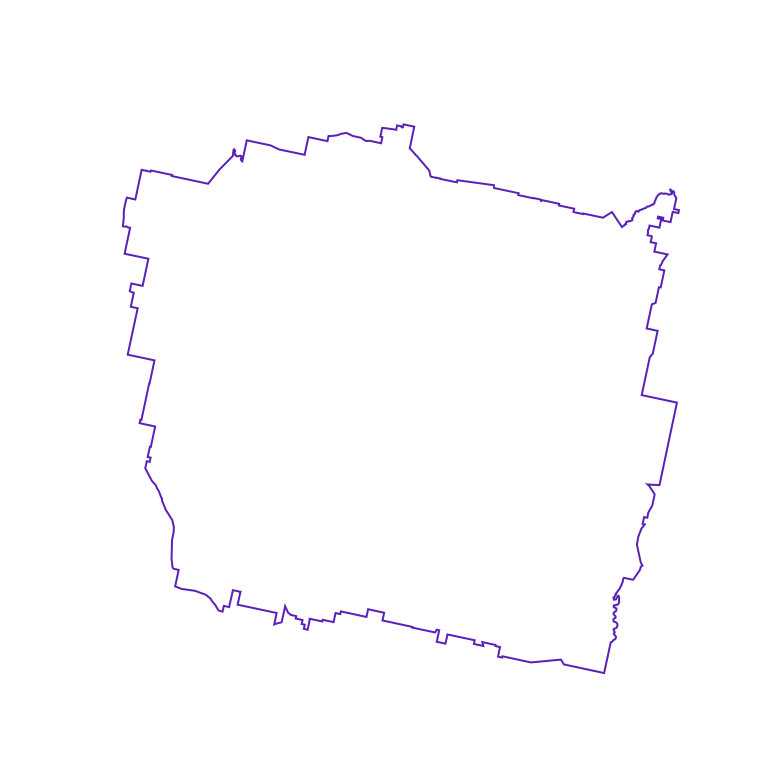 the district of Kojonup, Western Australia, Australia, rotated 102°
{"feature_id": "25037944B18898865249121", "entity_name": "Kojonup", "entity_type": "district", "adm_level": 2, "iso_a3": "AUS", "parent_name": "Australia", "parent_adm1": "Western Australia", "projection": "natural_earth1", "projection_center": [116.95, -33.925], "detail": "fine", "context": "isolated", "style": "outline", "palette": "violet", "viewbox_px": 768, "rotation_deg": 102, "n_neighbors": 0, "source": "geoboundaries", "source_scale": "gbopen_adm2", "svg_char_len": 6070}
<svg xmlns="http://www.w3.org/2000/svg" viewBox="0 0 768 768"><g transform="rotate(102 384 384)"><path d="M224.9,665.6L255.2,665.6L255.2,674.3L259.5,674.6L267.3,674.6L270.1,674.2L275.5,673.1L284.0,672.2L284.0,670.2L283.4,668.8L284.0,667.5L284.0,664.8L310.5,664.8L310.5,640.5L338.2,640.5L338.2,652.0L346.0,652.0L346.7,649.7L346.7,647.7L361.1,647.7L361.1,640.7L408.6,640.8L408.6,613.4L432.2,613.4L432.2,613.8L469.6,613.8L469.6,614.9L473.1,614.9L473.2,599.0L494.1,599.0L494.1,599.9L504.5,600.0L504.5,597.0L508.9,597.0L508.9,600.0L516.1,600.0L527.0,590.9L530.8,585.8L532.9,584.6L535.8,581.8L541.2,578.4L542.4,577.2L543.9,577.1L552.3,571.4L561.2,562.8L567.9,559.7L573.2,558.9L580.7,558.9L599.0,555.5L607.6,552.6L608.5,551.2L608.5,546.2L625.4,546.2L626.5,539.2L625.6,525.8L627.2,514.4L630.2,508.7L632.0,507.3L635.1,503.2L639.2,499.5L639.9,498.6L640.1,497.6L640.2,494.6L634.3,494.5L634.4,489.1L617.1,488.9L617.1,481.5L618.0,481.4L617.8,481.2L630.3,481.3L630.3,441.4L642.0,441.4L640.0,438.1L638.4,434.6L621.9,434.5L627.6,430.3L629.3,427.0L629.3,421.6L631.8,421.6L631.8,414.6L635.9,414.6L635.9,411.5L640.1,411.5L640.2,407.6L631.9,407.6L629.1,407.9L629.1,395.0L627.4,395.0L627.4,383.8L618.1,383.8L618.1,378.9L615.4,378.9L615.5,352.7L607.6,352.7L607.7,336.3L615.6,336.3L615.7,305.9L616.4,305.9L616.4,282.3L613.4,281.3L613.4,278.8L625.2,278.8L625.2,269.9L615.8,269.8L615.8,242.0L619.6,242.0L619.6,232.4L616.0,234.2L616.1,220.6L616.2,220.4L617.2,220.4L617.2,215.8L627.0,215.8L627.0,211.5L625.7,211.5L625.8,182.4L616.8,153.6L620.9,149.7L621.0,108.6L589.7,108.5L589.7,108.3L588.3,106.9L587.3,106.7L586.5,106.0L585.8,105.0L584.2,104.4L583.0,104.6L582.6,104.9L581.3,106.4L580.8,107.3L579.8,107.2L579.3,106.8L578.9,106.7L578.5,106.9L577.0,108.2L576.3,108.4L575.5,108.1L575.2,107.2L574.4,106.2L573.6,105.7L571.5,105.4L569.8,106.1L569.1,107.1L568.8,108.1L568.6,109.9L568.3,110.2L567.4,110.3L566.8,110.6L566.3,110.6L564.4,109.0L563.9,108.9L563.4,109.1L563.1,109.5L562.8,109.5L561.7,111.3L561.4,111.6L560.9,111.8L559.5,111.5L558.2,110.1L557.3,109.7L556.5,109.8L556.2,109.7L555.4,110.0L554.9,110.7L554.7,112.7L553.5,113.2L552.8,113.2L552.6,112.9L552.5,112.4L552.2,111.5L551.9,111.2L551.2,109.6L550.9,109.3L549.9,108.9L549.0,108.6L548.6,108.6L547.0,109.1L543.7,109.6L543.3,109.9L542.5,110.6L542.4,111.0L543.8,111.5L544.7,112.1L545.7,112.0L546.1,112.1L546.8,112.9L546.8,113.5L547.0,113.7L547.1,114.3L546.2,114.3L545.8,115.0L545.4,115.2L544.4,114.5L542.3,113.7L541.6,113.3L541.3,113.4L541.0,113.7L540.5,113.3L539.6,113.1L538.6,112.4L537.4,112.1L536.0,111.3L534.6,110.7L533.5,110.6L531.6,110.0L529.6,109.8L528.6,109.4L525.1,109.5L523.7,109.0L523.7,99.6L512.9,95.1L509.3,94.8L508.0,93.4L505.3,95.7L488.4,103.3L480.5,103.5L471.8,102.1L467.1,99.7L467.1,101.9L460.1,101.9L460.1,98.6L455.2,98.8L447.0,96.3L435.6,96.3L428.6,103.3L427.4,105.3L426.7,100.1L425.6,93.5L341.3,93.6L341.3,129.6L302.5,129.6L298.5,127.4L275.1,127.4L275.1,138.6L250.4,138.6L248.2,135.2L232.2,135.2L232.0,133.4L221.5,133.4L214.6,133.4L214.6,138.6L210.6,138.6L209.8,137.7L205.8,136.9L198.3,133.6L198.3,147.1L189.8,147.1L189.8,152.7L184.2,152.6L183.7,153.1L183.7,157.2L180.9,157.2L178.6,157.8L177.2,157.2L173.8,157.2L173.8,147.1L165.1,147.1L165.1,150.7L163.3,150.7L163.3,145.4L166.1,145.4L166.1,137.4L155.6,137.4L155.6,131.6L152.6,131.6L152.6,136.7L141.4,136.7L141.2,137.2L140.3,137.6L139.7,138.5L138.7,139.2L136.3,140.0L135.5,140.6L135.3,141.2L135.5,141.6L135.4,142.3L134.2,144.3L134.4,144.5L134.7,144.2L135.6,143.9L136.0,143.1L137.0,142.6L137.2,142.0L138.1,141.9L138.7,142.5L138.8,143.4L139.5,144.3L139.6,145.1L139.4,145.5L139.3,146.6L139.1,147.2L139.2,148.3L139.4,149.1L139.7,149.4L139.6,149.7L139.8,150.1L139.8,151.0L139.7,152.4L140.1,152.7L140.2,153.0L140.3,153.5L140.6,153.8L140.9,153.9L141.5,154.3L141.6,154.7L142.9,155.6L143.5,155.6L144.9,156.3L146.4,156.6L146.6,156.5L147.2,156.7L148.0,156.7L148.5,157.0L149.2,157.3L149.7,157.3L150.0,157.1L151.1,157.1L151.7,157.6L152.3,157.8L152.4,158.2L152.6,158.4L152.5,158.6L152.7,159.1L153.6,159.7L153.9,160.1L153.9,160.3L154.3,160.7L154.5,161.0L155.3,161.8L155.5,163.0L156.2,163.9L156.7,164.3L157.3,164.4L157.7,165.1L158.0,165.5L158.6,166.8L158.9,167.0L159.5,167.6L159.5,168.1L160.0,168.5L160.3,169.1L160.6,169.4L160.6,169.8L161.1,170.3L162.4,170.9L162.2,171.2L162.4,171.3L162.4,171.9L162.6,172.1L162.6,172.4L162.8,172.7L162.5,172.4L162.3,172.5L162.3,172.8L162.6,173.2L162.8,173.5L163.6,174.0L165.5,173.9L166.3,174.7L166.2,174.7L166.5,175.0L166.8,175.1L167.0,174.8L166.8,174.7L167.4,174.8L169.2,175.1L169.5,175.5L169.8,175.7L170.8,175.6L171.3,175.2L172.2,175.2L172.8,175.9L173.5,177.6L174.2,178.4L174.3,178.8L174.1,179.0L174.2,179.4L174.4,179.7L174.7,179.8L175.0,180.6L175.5,180.8L176.4,180.8L176.8,180.6L177.1,180.6L177.5,180.9L177.4,181.1L177.5,181.2L177.6,180.9L178.4,181.8L179.5,182.3L180.3,183.5L181.0,183.9L168.4,196.8L175.6,204.2L175.8,204.3L175.8,224.6L176.4,224.6L176.4,234.4L173.0,234.4L173.0,250.1L171.3,250.1L171.3,268.2L173.0,268.2L171.0,269.3L171.0,276.3L171.3,276.3L171.3,292.0L169.4,292.0L169.4,317.1L166.7,317.8L169.4,354.6L171.6,354.6L171.7,371.4L171.3,371.4L171.3,375.8L171.5,375.8L171.5,381.0L171.0,381.7L165.8,384.1L153.8,399.7L153.8,400.0L149.1,406.2L148.7,406.8L148.3,407.8L126.0,407.9L126.0,418.9L129.0,418.9L129.2,419.1L129.2,420.1L128.3,420.9L128.3,424.9L132.9,424.9L132.9,428.1L133.8,439.0L142.9,439.0L142.9,436.9L149.1,436.9L149.1,448.7L149.8,450.9L150.0,452.3L149.1,455.0L148.3,456.5L147.9,458.0L147.9,466.0L146.2,473.0L148.2,477.9L150.4,481.4L152.5,487.4L152.9,489.8L158.2,489.8L158.2,509.3L176.3,509.3L176.4,535.5L174.2,544.5L174.2,568.9L195.7,568.9L195.4,569.6L194.5,570.5L193.2,570.9L192.9,570.6L192.2,570.6L190.9,570.9L190.6,571.2L190.5,571.6L190.8,572.4L190.8,572.7L191.5,573.7L191.7,574.4L191.7,575.3L191.9,575.6L191.5,576.2L190.9,576.5L190.8,577.2L190.2,577.6L189.9,578.2L189.6,578.4L189.1,578.1L188.7,578.2L188.3,578.1L187.6,578.5L187.4,578.4L187.1,578.1L186.8,578.0L185.6,579.4L186.1,579.9L192.4,579.3L208.2,589.4L224.7,597.7L224.7,634.8L223.6,634.8L223.6,656.3L224.9,656.5L224.9,665.6Z" fill="none" stroke="#5b21b6" stroke-width="2"/></g></svg>